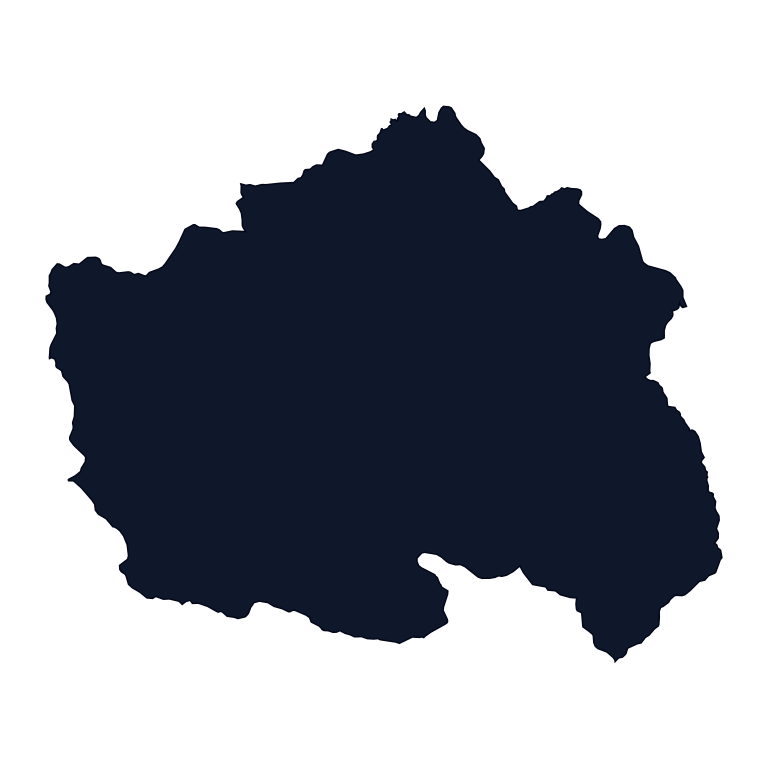 Van Ban, Lào Cai, Vietnam
{"feature_id": "81297802B34365172713310", "entity_name": "Van Ban", "entity_type": "district", "adm_level": 2, "iso_a3": "VNM", "parent_name": "Vietnam", "parent_adm1": "Lào Cai", "projection": "albers", "projection_center": [104.242, 22.064], "detail": "fine", "context": "isolated", "style": "filled", "palette": "ink", "viewbox_px": 768, "rotation_deg": 0, "n_neighbors": 0, "source": "geoboundaries", "source_scale": "gbopen_adm2", "svg_char_len": 6066}
<svg xmlns="http://www.w3.org/2000/svg" viewBox="0 0 768 768"><path d="M240.8,183.9L241.3,186.1L241.1,192.5L241.8,194.8L243.6,197.3L237.4,201.6L236.3,203.7L239.7,209.1L241.4,213.1L242.3,220.2L242.3,225.2L243.1,227.5L245.6,231.6L232.5,231.0L223.3,232.9L221.8,232.2L219.0,229.7L216.7,228.8L205.3,227.4L199.1,227.3L195.0,224.8L193.5,224.7L185.0,229.4L179.3,241.9L175.6,248.7L165.4,263.6L162.6,266.9L158.7,269.1L149.4,272.5L146.1,276.0L144.5,275.9L138.4,273.5L134.3,274.7L130.4,272.3L128.2,271.9L118.6,273.0L115.9,272.3L110.6,267.5L103.0,265.2L101.3,264.0L100.0,260.1L99.0,258.7L95.9,257.3L87.5,257.6L79.2,264.2L73.7,263.7L68.9,266.7L66.4,267.4L64.6,267.2L59.6,264.2L57.2,263.9L52.1,269.7L51.0,272.9L49.4,275.6L49.4,282.9L48.9,285.9L51.1,291.8L50.1,294.3L46.3,296.2L46.1,299.2L47.0,302.3L53.1,310.3L54.7,313.4L56.5,318.0L57.3,323.8L56.4,328.3L56.9,333.3L51.3,344.4L50.1,347.8L49.4,358.1L49.5,358.6L51.1,357.8L52.3,357.9L54.9,359.2L56.0,362.7L55.9,365.9L56.6,367.4L61.6,370.6L63.1,376.5L67.7,381.5L69.2,384.0L72.2,400.5L74.8,405.8L74.4,416.7L72.6,422.7L73.3,426.8L73.1,429.0L69.8,437.0L69.7,439.1L70.4,440.8L74.0,445.5L84.6,455.6L85.7,457.4L85.3,461.9L81.4,468.1L80.6,471.5L75.1,475.9L68.4,479.5L68.4,480.4L68.7,480.8L73.2,480.8L74.1,481.4L81.2,487.7L91.4,499.4L94.7,504.2L95.4,510.2L98.4,514.2L106.1,518.7L112.9,526.8L113.6,526.6L116.9,528.3L119.9,530.8L123.6,535.9L127.2,544.7L128.5,555.7L127.6,559.3L119.6,565.4L119.8,569.4L121.3,571.7L125.2,574.3L126.3,576.5L128.5,584.3L132.5,587.9L139.8,592.1L146.9,597.9L152.7,598.4L155.8,596.4L163.3,599.2L169.3,598.9L179.0,601.2L182.2,604.4L185.9,601.5L190.2,600.3L192.4,603.4L198.0,603.2L199.6,603.6L207.7,606.4L217.5,611.9L218.2,612.1L220.8,611.3L222.5,612.1L227.1,616.2L233.9,617.2L237.9,618.5L244.9,616.9L246.3,615.9L248.4,613.4L250.8,607.1L252.9,604.4L253.5,602.8L259.3,601.1L267.9,602.6L274.1,606.4L282.0,608.6L288.5,611.7L290.0,611.7L292.8,610.2L295.2,610.4L306.1,615.1L309.6,617.6L311.2,622.0L318.9,625.9L320.7,627.5L322.2,629.6L324.0,630.5L328.2,630.7L333.0,632.3L336.7,632.1L339.9,630.6L345.0,633.3L349.8,634.6L354.5,636.8L361.5,636.6L367.3,638.6L373.7,639.0L378.0,638.6L380.2,639.7L395.6,642.0L399.4,643.3L412.4,637.0L419.5,637.4L421.7,636.9L423.8,637.6L424.8,636.4L430.7,632.2L445.0,624.2L447.0,622.8L447.6,621.5L447.3,619.4L443.1,610.4L443.5,606.9L447.6,594.3L447.8,590.9L441.7,587.2L440.8,584.9L439.6,583.5L437.2,577.5L435.7,576.3L434.7,574.7L421.1,567.7L418.5,565.5L417.0,561.5L417.0,558.1L421.8,552.9L424.8,552.3L436.7,554.3L441.6,557.1L446.6,561.5L449.1,563.0L455.6,564.8L460.4,564.5L465.2,566.8L478.1,577.0L481.8,578.3L489.9,578.2L495.1,577.3L498.5,575.8L501.8,576.3L506.5,575.2L513.2,571.5L519.9,566.0L523.5,572.7L532.6,584.5L545.8,586.9L547.9,590.1L555.5,590.8L560.3,594.7L570.5,597.5L576.6,597.9L576.0,604.0L576.4,608.8L577.2,610.7L581.7,612.7L582.9,626.8L588.7,631.0L592.5,634.2L593.3,635.6L593.8,642.6L595.3,646.3L597.8,648.5L606.9,652.0L613.0,657.3L614.9,659.9L615.1,661.6L618.6,657.9L622.5,657.1L625.0,654.8L626.0,653.5L627.6,648.2L637.2,643.8L641.1,642.9L645.4,637.4L649.1,635.1L654.4,628.9L658.3,626.0L658.8,624.6L659.3,617.2L659.2,611.3L660.6,607.3L662.8,606.6L668.5,602.4L670.2,599.5L674.3,595.8L676.4,595.3L682.0,595.6L684.7,594.8L689.9,590.7L699.4,581.3L704.8,580.1L708.6,575.7L714.8,573.1L715.7,572.2L720.2,559.8L721.9,557.7L720.6,550.2L717.6,547.8L716.7,544.8L714.6,543.2L718.2,538.1L718.3,533.1L716.4,528.8L719.2,520.2L718.9,515.9L715.9,510.8L714.9,507.9L715.6,501.5L713.1,496.8L713.3,494.1L712.1,493.0L709.3,492.4L708.1,490.5L708.3,485.9L706.7,480.3L706.9,478.2L707.6,477.3L706.8,475.1L707.3,472.0L705.6,470.7L704.7,466.9L701.3,463.0L701.5,460.7L704.1,457.5L701.3,452.0L700.1,443.2L698.2,436.6L694.9,431.5L692.3,430.1L689.5,430.6L689.3,428.8L684.9,422.6L683.8,419.9L680.4,416.3L680.2,413.8L679.3,412.1L676.5,410.3L674.8,407.4L668.1,406.6L667.4,404.8L666.9,398.3L662.9,392.2L662.3,388.4L661.6,387.3L659.3,385.6L657.8,382.7L653.3,380.6L650.6,380.7L647.6,379.5L644.8,376.8L650.1,372.9L649.6,371.0L650.0,363.6L648.8,355.4L649.0,348.7L650.2,343.8L651.3,342.6L653.7,341.4L661.0,339.6L664.2,337.9L664.2,330.3L665.6,325.2L667.6,322.1L671.3,318.3L672.5,316.1L672.9,314.6L672.3,311.0L676.8,309.4L678.6,307.8L679.7,303.2L681.1,306.1L682.7,307.5L686.5,306.4L682.8,297.4L682.8,290.5L680.8,286.5L675.3,278.6L675.6,278.1L669.8,272.7L665.4,270.7L647.8,265.9L643.5,262.7L642.5,261.0L638.4,246.2L633.6,237.2L632.0,230.4L629.5,227.2L624.7,225.6L619.1,225.8L614.6,228.5L605.9,238.7L601.8,239.5L598.4,238.9L597.4,236.1L600.1,228.5L600.7,224.6L600.5,221.7L598.2,218.8L587.2,211.6L579.0,204.6L578.6,203.9L578.7,200.7L581.5,194.7L581.5,191.7L580.1,189.9L577.1,189.0L570.8,188.6L567.3,187.7L564.5,189.0L561.6,187.9L560.1,189.7L557.4,191.4L554.7,192.2L553.4,193.7L551.8,194.2L550.2,195.9L547.3,195.9L546.2,198.4L543.8,201.3L539.6,201.6L533.1,206.4L530.5,206.9L528.7,208.1L520.8,210.5L518.0,210.4L517.2,209.6L516.4,206.1L512.6,203.2L504.7,192.2L504.2,189.1L501.5,186.4L498.3,179.8L494.3,177.3L489.7,171.1L479.0,160.4L479.2,159.4L481.9,156.4L483.5,153.6L484.2,148.4L481.2,142.9L479.8,138.6L476.0,134.7L467.2,130.5L463.6,127.8L461.0,124.8L456.1,117.7L455.2,115.7L454.9,113.4L451.3,107.9L448.6,106.8L443.4,106.4L441.5,108.1L439.0,112.4L437.4,120.5L434.5,122.4L430.4,121.9L426.3,117.9L425.2,115.4L425.2,110.8L424.3,108.3L420.7,112.3L419.0,115.5L416.3,117.5L410.4,116.2L409.0,114.8L406.8,114.8L404.2,112.0L401.2,113.9L399.1,113.7L398.4,114.8L399.2,116.8L397.6,118.3L397.3,121.1L396.7,121.1L395.2,119.5L393.1,120.0L391.2,119.1L391.1,120.9L390.2,122.1L391.4,123.9L391.2,125.6L389.7,125.7L387.6,128.5L383.8,129.9L382.7,130.0L382.1,128.7L381.5,128.8L380.0,133.1L377.7,135.5L377.4,138.0L377.9,139.4L376.2,141.2L374.1,141.4L372.3,144.0L372.3,147.3L373.5,148.9L373.4,150.2L370.4,151.9L363.6,154.1L357.3,155.0L355.2,155.0L345.4,151.3L338.2,149.5L329.6,152.3L327.5,154.3L322.5,165.3L316.5,165.0L313.0,166.7L310.2,169.3L305.3,169.7L304.1,170.9L303.0,174.7L301.1,177.8L298.1,178.5L293.7,182.6L280.6,183.2L266.3,184.7L261.7,184.6L255.3,186.2L249.9,184.7L245.9,185.3L240.8,183.9Z" fill="#0f172a" stroke="#020617" stroke-width="1.5"/></svg>